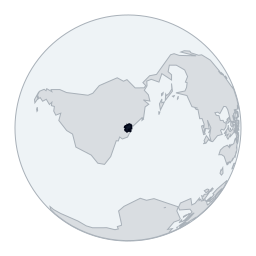 Sipaliwini highlighted on a globe, orthographic projection, rotated 99°
{"feature_id": "SUR-69", "entity_name": "Sipaliwini", "entity_type": "District", "adm_level": 1, "iso_a3": "SUR", "parent_name": "Suriname", "parent_adm1": "", "projection": "orthographic", "projection_center": [-55.917, 3.687], "detail": "fine", "context": "on_globe", "style": "filled", "palette": "ink", "viewbox_px": 256, "rotation_deg": 99, "n_neighbors": 0, "source": "natural_earth", "source_scale": "10m", "svg_char_len": 9101}
<svg xmlns="http://www.w3.org/2000/svg" viewBox="0 0 256 256"><g transform="rotate(99 128 128)"><circle cx="128" cy="128" r="113" fill="#eef3f6" stroke="#a8b0b8"/><path d="M92.5,21.1L88.0,23.6L92.2,22.8L93.4,25.9L95.6,24.9L97.4,26.0L100.6,25.3L99.9,26.4L103.1,25.0L103.1,24.2L104.4,23.4L106.3,23.0L105.8,24.2L104.8,24.6L105.6,24.8L104.5,25.6L106.1,25.0L105.2,26.8L108.9,24.6L110.5,25.7L109.2,27.0L105.7,27.4L94.0,32.5L91.6,34.6L91.7,36.8L99.4,39.5L98.3,41.8L99.3,44.5L101.6,42.8L101.6,40.1L106.1,38.0L105.6,35.3L107.3,34.2L108.2,31.6L112.0,31.5L115.1,33.0L114.6,35.3L115.9,36.2L119.6,33.9L121.6,38.4L128.2,42.2L128.3,43.7L122.8,46.2L114.9,46.2L107.8,50.8L116.3,47.5L116.4,51.8L118.1,52.5L120.3,52.3L121.8,50.7L122.7,52.3L114.6,55.7L113.7,54.3L116.3,53.2L112.5,53.3L107.1,56.3L107.6,58.6L98.8,61.8L99.1,63.5L97.3,65.4L97.5,62.3L96.9,68.2L86.7,74.9L85.8,86.1L82.5,77.5L78.7,76.5L74.0,76.7L73.7,78.5L67.9,77.2L61.8,81.1L58.4,90.1L59.5,97.0L66.1,97.2L68.6,93.3L73.8,92.5L69.0,103.1L77.8,104.6L76.3,112.6L78.7,116.8L83.4,115.8L88.2,117.8L92.0,113.1L98.0,110.6L97.8,117.2L101.3,111.2L104.5,114.4L116.5,114.2L115.5,115.7L125.6,123.5L137.0,127.0L139.7,131.8L138.2,134.8L142.3,135.6L142.4,137.6L158.9,140.6L167.6,145.5L167.5,152.3L160.5,160.1L155.0,176.5L142.7,181.8L140.1,188.2L131.4,197.5L123.9,196.7L126.6,201.3L122.9,204.0L118.2,204.1L117.9,207.2L114.4,207.2L117.1,209.3L112.4,213.2L114.9,216.5L111.7,219.5L113.4,221.3L111.9,221.2L110.5,221.9L110.7,222.9L105.5,221.1L102.9,216.9L104.0,214.8L101.9,214.4L104.0,208.9L102.1,210.0L100.7,201.4L102.6,194.2L101.9,172.6L99.2,168.2L90.6,163.0L80.1,146.5L82.5,139.8L80.4,136.6L87.3,127.2L85.8,118.4L83.4,117.1L80.8,120.4L73.0,114.8L70.6,108.2L49.0,97.4L47.4,94.1L48.3,88.8L46.1,72.0L44.7,87.7L42.9,84.6L42.4,79.0L43.9,77.6L45.1,69.6L44.2,66.7L48.1,57.3L58.0,46.0L57.6,47.6L60.0,45.0L60.7,43.0L60.5,42.3L69.8,33.3L73.2,29.7L70.5,31.1L74.1,29.1L72.5,30.0L82.3,25.1L92.5,21.1ZM84.7,89.9L94.9,95.5L88.6,96.1L89.9,95.1L87.4,92.8L82.6,90.8L77.2,92.0L84.7,89.9ZM90.4,83.7L88.6,83.3L90.5,83.2L90.4,83.7ZM60.1,42.3L60.5,43.1L59.0,45.6L58.4,45.0L60.1,42.3ZM63.2,38.2L64.0,38.0L61.2,40.3L61.6,39.7L63.2,38.2ZM106.1,31.8L107.2,31.7L106.5,32.2L106.1,31.8ZM105.5,30.9L104.0,31.6L103.5,31.3L104.5,30.9L105.5,30.9ZM107.6,30.1L102.8,30.7L101.9,30.1L104.9,28.1L107.6,30.1ZM102.3,24.1L102.3,25.0L100.5,24.6L102.3,24.1ZM100.8,24.1L93.3,24.8L94.1,23.6L96.4,23.5L96.1,22.4L100.2,21.4L101.3,21.8L100.0,22.7L102.5,21.7L100.8,24.1ZM104.8,23.0L103.3,23.2L103.9,22.1L107.1,21.6L105.9,22.1L104.8,23.0ZM94.0,22.7L95.1,21.9L98.6,20.9L99.5,20.5L100.4,21.3L94.0,22.7ZM106.7,22.2L108.8,21.4L110.2,21.7L106.4,22.8L106.7,22.2ZM102.6,22.0L103.1,21.5L103.9,21.6L102.6,22.0ZM116.4,22.6L114.5,22.6L114.7,22.0L116.4,22.6ZM109.5,21.1L109.0,21.1L108.8,20.9L110.5,20.5L109.5,21.1ZM102.8,20.6L104.1,20.4L102.7,20.2L105.3,19.6L105.4,20.3L106.5,19.7L107.3,19.5L106.4,20.4L102.8,20.6ZM111.6,19.6L112.6,20.6L116.2,20.7L116.1,21.2L110.5,21.0L111.6,19.6ZM108.7,19.9L110.5,19.8L109.5,20.4L107.7,20.8L108.7,19.9ZM107.1,19.0L103.0,19.7L107.1,19.0ZM112.9,19.5L112.6,19.3L113.2,19.4L112.9,19.5ZM109.1,18.9L107.6,19.2L107.8,19.0L109.1,18.9ZM113.3,18.7L113.6,19.0L112.3,19.3L113.3,18.7ZM111.5,18.7L112.1,18.4L111.7,19.2L110.8,18.8L111.5,18.7ZM109.5,18.7L109.1,18.7L110.0,18.7L109.5,18.7ZM117.8,17.8L117.6,18.7L114.8,19.2L115.4,18.2L117.8,17.8ZM114.5,224.8L106.1,221.7L110.7,223.1L113.0,221.6L117.7,223.9L114.5,224.8ZM121.6,220.9L124.8,220.0L125.8,220.5L123.8,221.2L121.6,220.9ZM207.9,48.6L207.2,47.9L205.6,46.4L207.9,48.6ZM204.6,45.4L205.8,46.7L207.4,48.2L208.5,49.4L207.2,48.2L206.1,47.1L205.3,46.6L210.4,52.5L212.6,54.7L212.2,56.5L215.8,60.3L216.8,62.5L211.2,56.8L209.4,54.6L201.4,49.3L203.3,51.7L210.9,57.0L209.9,56.7L212.4,60.6L209.7,57.4L200.9,51.6L198.5,54.0L200.9,64.3L198.4,65.7L193.9,64.5L187.8,54.9L194.0,52.9L191.9,50.0L186.1,46.6L188.4,46.4L186.8,44.9L188.7,44.2L186.9,40.3L188.2,39.5L183.2,35.3L183.2,34.5L186.1,37.1L188.9,38.7L191.5,37.6L190.7,36.6L187.2,34.1L188.4,34.4L184.7,32.2L184.1,30.9L181.7,30.7L177.6,28.4L174.9,26.5L173.1,25.8L177.5,29.0L179.7,30.4L182.2,31.5L187.7,36.0L187.7,37.0L180.4,32.7L179.6,33.9L174.3,30.4L165.6,23.1L164.1,21.8L170.9,23.8L173.7,25.1L172.7,24.9L177.6,26.9L175.3,25.8L176.2,26.2L172.5,24.5L181.3,28.8L189.5,33.6L197.3,39.2L204.6,45.4ZM168.8,23.0L168.6,22.9L168.8,23.0ZM228.8,77.8L227.4,75.1L226.2,72.8L226.0,72.6L225.8,72.1L227.8,75.9L225.7,72.2L230.8,81.9L233.8,89.3L236.3,96.9L238.2,104.7L239.6,112.6L240.4,120.6L240.6,128.6L240.3,136.6L239.4,144.6L237.9,152.5L235.9,160.2L233.4,167.8L230.3,175.2L226.6,182.4L224.2,186.6L220.5,191.6L217.8,192.7L220.2,188.7L222.9,181.3L227.7,162.9L231.2,153.9L232.1,147.3L229.8,133.3L230.5,124.9L229.2,121.8L227.0,123.1L225.2,119.3L223.6,119.5L211.4,124.3L206.0,119.7L195.5,104.9L196.5,98.4L193.7,91.3L198.0,66.1L202.3,66.8L209.4,62.2L210.9,62.8L213.7,67.9L222.0,73.0L220.4,68.4L224.3,70.9L224.6,70.2L218.3,60.7L217.8,61.5L214.1,57.3L211.7,52.8L211.8,52.7L218.2,60.5L223.9,68.9L228.8,77.8ZM200.4,78.1L201.3,80.2L200.4,78.1ZM116.9,114.1L118.3,115.4L116.3,115.4L116.9,114.1ZM87.5,98.8L89.7,98.9L90.8,99.9L89.0,100.3L87.5,98.8ZM107.3,99.0L110.0,99.6L107.1,100.1L107.3,99.0ZM96.6,96.2L105.1,98.8L99.3,100.7L94.0,99.1L97.8,98.6L96.6,96.2ZM88.8,87.3L90.2,87.8L89.6,89.0L88.8,87.3ZM91.8,83.7L91.2,83.8L90.6,82.9L91.8,83.7ZM116.9,51.6L117.6,51.3L119.8,51.5L118.5,52.2L116.9,51.6ZM130.8,48.6L131.8,51.2L130.2,49.7L128.7,50.9L123.4,49.4L128.1,44.4L126.9,46.8L130.8,48.6ZM117.6,46.6L120.4,47.7L117.1,46.7L117.6,46.6ZM176.1,38.5L178.2,39.1L179.7,40.8L178.0,42.8L175.9,40.2L176.1,38.5ZM180.9,39.6L174.0,35.3L174.8,34.3L175.5,35.5L176.7,35.3L178.2,37.3L185.6,40.9L187.3,42.7L183.4,44.7L183.7,42.9L181.6,42.3L180.9,39.6ZM155.3,29.2L152.4,28.2L157.8,27.1L159.9,28.3L158.4,30.0L155.0,29.7L155.3,29.2ZM113.7,26.8L112.2,27.1L112.4,26.7L113.8,26.1L113.7,26.8ZM115.5,22.6L120.3,25.5L118.9,25.8L123.4,27.5L121.4,29.2L118.5,28.0L120.3,30.7L116.9,30.3L118.6,32.2L112.4,29.3L109.4,29.4L113.5,28.6L115.5,27.0L115.4,26.3L113.0,24.5L107.6,24.1L108.6,22.8L110.9,21.9L112.3,21.8L111.2,22.7L114.0,21.9L113.4,23.1L115.5,22.6ZM136.2,17.2L134.2,17.5L139.8,17.7L139.3,18.2L139.9,18.2L141.0,18.9L143.4,19.8L142.7,20.0L143.9,20.3L144.7,20.9L146.2,21.4L145.3,22.1L147.1,22.8L145.7,22.8L148.9,23.9L146.1,23.4L146.8,24.4L149.2,24.3L141.0,28.6L139.7,31.4L140.2,34.1L135.3,33.3L131.7,30.5L129.5,27.2L131.4,24.9L128.8,25.2L129.0,24.2L131.0,24.4L128.1,23.6L128.7,22.9L126.7,21.0L122.1,20.6L121.2,20.0L123.4,19.9L121.0,19.5L124.5,18.8L123.9,18.5L126.8,17.7L131.2,17.8L130.3,17.4L132.4,17.0L136.2,17.2ZM118.7,17.5L124.1,17.2L126.5,17.4L120.5,18.8L120.5,19.2L116.8,20.4L113.4,20.1L114.8,19.8L115.4,19.4L116.2,19.6L116.0,19.1L117.8,18.7L118.2,18.3L119.8,18.2L118.7,17.5ZM210.4,60.7L211.2,60.7L211.9,60.2L213.5,62.8L210.4,60.7ZM204.5,56.7L204.9,56.2L207.5,59.3L206.7,59.4L204.5,56.7ZM202.8,53.5L204.7,56.0L203.2,54.7L202.8,53.5ZM186.2,36.7L186.4,36.2L187.2,36.7L188.2,37.7L186.2,36.7ZM152.6,19.0L151.1,18.9L150.6,18.7L146.5,17.9L146.6,17.7L149.1,18.0L152.6,19.0ZM219.5,62.4L220.7,64.3L220.1,63.5L219.8,63.0L219.5,62.4ZM218.0,63.5L219.4,64.3L218.4,64.2L218.0,63.5ZM152.0,18.6L150.3,18.3L151.4,18.4L152.0,18.6ZM146.4,17.4L147.3,17.4L146.1,17.5L146.4,17.4ZM145.4,16.7L147.0,17.0L146.1,16.9L145.4,16.7Z" fill="#d9dde1" stroke="#a8b0b8" stroke-width="1"/><path d="M131.6,128.7L131.5,128.8L131.4,129.0L131.4,129.3L131.4,129.5L131.3,129.8L131.2,130.0L131.1,130.3L130.9,130.5L130.7,130.6L130.4,130.7L130.4,130.4L130.2,130.4L130.1,130.5L130.0,130.4L129.8,130.2L129.7,130.2L129.6,130.3L129.5,130.2L129.3,130.3L129.2,130.3L129.0,130.5L128.9,130.5L128.7,130.5L128.4,130.5L128.3,130.4L128.1,130.4L127.9,130.3L127.8,130.5L127.7,130.6L127.6,130.8L127.7,131.0L127.8,131.0L128.0,131.2L128.0,131.3L128.0,131.5L127.9,131.6L127.7,131.6L127.4,131.5L127.2,131.5L126.9,131.4L126.7,131.3L126.3,131.0L126.2,130.8L126.1,130.7L126.0,130.4L125.9,130.3L125.9,130.2L125.7,129.9L125.6,129.7L125.4,129.5L125.5,129.5L125.5,129.4L125.4,129.4L125.5,129.3L125.5,129.2L125.4,129.2L125.3,128.9L125.3,128.7L125.2,128.6L124.9,128.7L124.7,128.6L124.6,128.4L124.5,128.2L124.4,128.1L124.2,128.0L124.2,127.9L124.2,127.7L123.9,127.5L123.9,127.4L123.8,127.2L124.0,126.8L124.0,126.7L124.1,126.4L124.2,126.2L124.1,125.9L124.1,125.7L124.3,125.5L124.5,125.4L124.8,125.4L125.0,125.4L125.3,125.4L125.3,125.2L125.5,125.1L125.4,124.9L125.5,124.9L126.4,124.8L126.9,124.8L127.1,124.8L127.2,124.7L127.3,124.7L127.6,124.7L127.8,124.6L127.9,124.4L128.0,124.4L127.9,124.7L127.8,125.1L128.0,125.2L128.3,125.2L128.4,125.3L128.4,125.5L128.5,125.5L128.6,125.4L128.8,125.3L129.0,125.6L129.1,126.0L129.1,126.4L129.1,126.5L129.2,127.2L129.2,127.3L129.3,127.4L129.5,127.2L129.8,127.1L130.0,126.9L130.0,126.7L130.1,126.4L130.2,126.1L130.2,125.9L130.3,125.7L130.2,125.5L130.1,125.4L130.1,125.2L130.3,125.0L130.3,124.9L130.4,124.7L130.8,124.8L131.0,124.9L131.1,125.0L130.9,125.3L130.9,125.5L130.8,125.9L130.9,126.0L130.9,126.3L130.9,126.6L131.0,126.8L131.0,127.0L131.1,127.3L131.2,127.5L131.3,127.6L131.4,127.8L131.5,127.8L131.6,128.0L131.8,128.1L131.7,128.3L131.8,128.5L131.7,128.5L131.6,128.7Z" fill="#0f172a" stroke="#020617" stroke-width="1.5"/></g></svg>